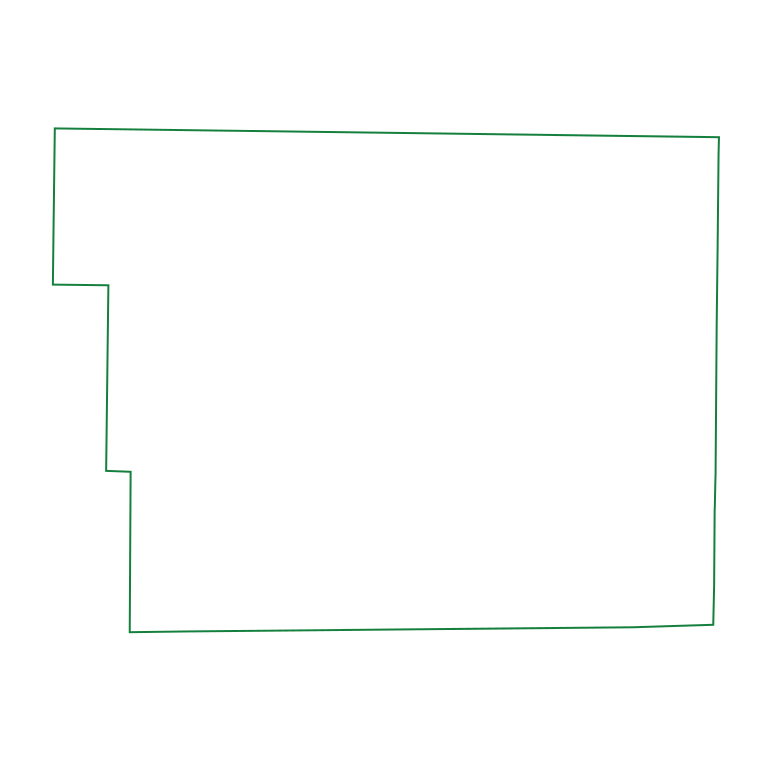 outline of Williams, Ohio, United States of America, rotated 181°
{"feature_id": "52423323B84599741370960", "entity_name": "Williams", "entity_type": "district", "adm_level": 2, "iso_a3": "USA", "parent_name": "United States of America", "parent_adm1": "Ohio", "projection": "natural_earth1", "projection_center": [-84.66, 41.566], "detail": "fine", "context": "isolated", "style": "outline", "palette": "green", "viewbox_px": 768, "rotation_deg": 181, "n_neighbors": 0, "source": "geoboundaries", "source_scale": "gbopen_adm2", "svg_char_len": 417}
<svg xmlns="http://www.w3.org/2000/svg" viewBox="0 0 768 768"><g transform="rotate(181 384 384)"><path d="M50.6,149.0L50.4,187.9L51.2,264.1L51.1,265.8L51.0,292.8L50.9,299.0L52.4,448.5L52.7,502.4L52.8,524.3L53.5,619.5L53.4,636.4L53.4,636.6L717.6,633.8L717.1,529.2L716.8,477.6L661.3,477.9L660.3,292.3L635.8,291.8L633.9,131.4L578.7,133.1L131.2,145.1L50.6,149.0Z" fill="none" stroke="#15803d" stroke-width="2"/></g></svg>